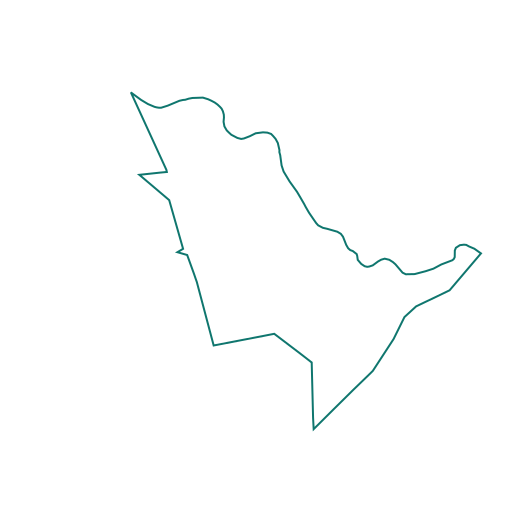 the district of União, Piauí, Brazil, rotated 121°
{"feature_id": "56859067B60196329024429", "entity_name": "União", "entity_type": "district", "adm_level": 2, "iso_a3": "BRA", "parent_name": "Brazil", "parent_adm1": "Piauí", "projection": "natural_earth1", "projection_center": [-42.867, -4.62], "detail": "fine", "context": "isolated", "style": "outline", "palette": "teal", "viewbox_px": 512, "rotation_deg": 121, "n_neighbors": 0, "source": "geoboundaries", "source_scale": "gbopen_adm2", "svg_char_len": 1691}
<svg xmlns="http://www.w3.org/2000/svg" viewBox="0 0 512 512"><g transform="rotate(121 256 256)"><path d="M180.2,447.5L228.3,377.2L229.9,375.7L233.8,381.0L246.5,397.8L252.8,359.2L258.4,353.2L287.4,322.2L293.2,325.3L290.6,315.5L303.2,300.0L306.4,296.2L308.8,293.3L354.5,246.2L320.8,208.6L313.3,200.3L314.5,189.2L317.2,164.8L318.6,153.4L365.2,123.8L374.7,117.4L346.9,110.4L320.3,103.6L297.1,97.4L294.3,96.7L256.3,95.3L231.9,97.3L230.2,96.8L216.7,92.8L208.8,87.6L198.1,80.5L185.7,72.4L137.9,64.5L137.7,67.3L137.3,72.6L138.1,78.4L138.2,81.5L139.2,83.6L141.7,86.8L146.0,88.9L148.9,88.4L154.6,85.1L156.6,84.9L158.5,85.5L167.8,92.8L175.5,97.4L181.7,102.8L189.8,110.7L194.5,118.2L194.8,121.8L191.3,132.2L190.7,135.5L190.6,139.8L192.0,144.3L194.7,146.8L197.9,148.6L203.9,151.1L206.7,153.5L208.0,155.1L208.8,157.6L208.6,161.7L206.9,166.8L203.8,169.3L202.5,170.7L201.9,175.6L202.4,178.3L201.9,181.0L200.0,184.4L194.7,191.3L193.3,194.7L193.3,198.8L196.0,208.9L197.4,213.2L197.7,218.5L196.8,221.4L195.0,225.4L192.8,230.2L191.6,232.8L190.4,235.0L188.3,238.8L186.7,241.4L183.1,247.9L179.9,253.8L174.8,265.6L169.4,275.8L165.2,280.7L157.2,287.1L154.9,289.5L153.2,290.4L147.9,295.5L145.5,299.6L144.3,303.2L143.6,305.9L144.4,309.8L146.4,313.7L151.0,319.5L156.5,323.0L161.5,326.9L163.3,329.0L164.4,332.8L164.8,339.6L164.1,343.0L163.4,345.8L161.2,349.8L157.7,352.9L153.8,354.8L151.4,356.4L149.0,358.9L147.4,361.4L146.7,363.7L146.0,367.0L145.7,370.4L145.9,374.2L146.3,377.8L147.6,383.1L153.3,391.9L155.8,394.7L158.5,397.1L159.9,399.0L162.4,401.6L172.6,409.1L177.8,413.7L179.0,415.8L179.8,417.8L180.4,419.8L181.4,426.9L181.4,434.8L180.5,444.7L180.2,447.5Z" fill="none" stroke="#0f766e" stroke-width="2"/></g></svg>